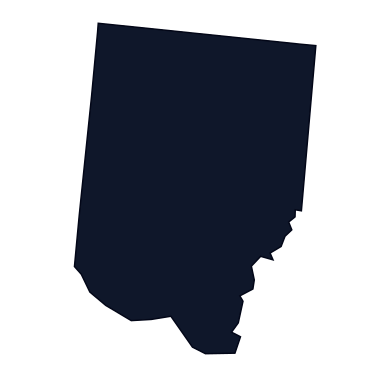 Lawrence, Alabama, United States of America (Mercator projection), rotated 185°
{"feature_id": "52423323B9408482102272", "entity_name": "Lawrence", "entity_type": "district", "adm_level": 2, "iso_a3": "USA", "parent_name": "United States of America", "parent_adm1": "Alabama", "projection": "mercator", "projection_center": [-87.362, 34.552], "detail": "fine", "context": "isolated", "style": "filled", "palette": "ink", "viewbox_px": 384, "rotation_deg": 185, "n_neighbors": 0, "source": "geoboundaries", "source_scale": "gbopen_adm2", "svg_char_len": 580}
<svg xmlns="http://www.w3.org/2000/svg" viewBox="0 0 384 384"><g transform="rotate(185 192 192)"><path d="M81.4,348.6L97.8,348.7L300.1,351.9L300.0,342.8L300.4,278.4L302.0,178.2L302.3,158.4L302.6,107.5L295.1,100.4L285.0,83.4L268.0,71.5L241.3,58.6L221.5,61.5L202.2,66.4L178.0,37.5L164.5,32.1L135.2,35.2L131.1,52.0L140.4,55.8L134.5,65.7L131.7,87.6L135.3,92.7L122.9,100.7L122.3,109.8L126.4,123.3L118.0,133.9L105.4,131.5L108.9,138.0L98.5,145.5L95.5,156.0L89.3,163.0L93.1,170.5L87.2,176.2L87.6,183.3L81.4,182.8L81.4,348.6Z" fill="#0f172a" stroke="#020617" stroke-width="1.5"/></g></svg>